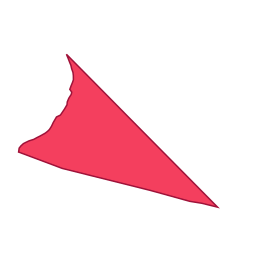 Sossêgo, Paraíba, Brazil, rotated 281°
{"feature_id": "56859067B23055317122585", "entity_name": "Sossêgo", "entity_type": "district", "adm_level": 2, "iso_a3": "BRA", "parent_name": "Brazil", "parent_adm1": "Paraíba", "projection": "equal_earth", "projection_center": [-36.188, -6.739], "detail": "fine", "context": "isolated", "style": "filled", "palette": "rose", "viewbox_px": 256, "rotation_deg": 281, "n_neighbors": 0, "source": "geoboundaries", "source_scale": "gbopen_adm2", "svg_char_len": 648}
<svg xmlns="http://www.w3.org/2000/svg" viewBox="0 0 256 256"><g transform="rotate(281 128 128)"><path d="M75.8,71.1L74.1,103.0L71.0,161.8L67.8,202.7L68.2,214.6L67.4,231.0L141.9,121.8L153.2,105.3L188.6,53.5L184.7,56.1L181.0,58.4L178.8,59.9L175.4,61.4L172.0,63.4L168.8,64.4L164.9,65.2L162.0,64.8L158.6,64.1L154.8,63.5L152.5,65.9L150.2,65.9L145.9,64.2L142.0,63.4L139.2,63.7L134.6,62.1L130.6,60.4L127.8,59.2L125.2,55.7L122.6,54.8L119.2,53.6L115.2,52.6L111.6,51.2L109.4,49.7L107.2,47.8L103.4,43.3L101.0,40.2L98.9,37.7L96.5,33.3L94.5,30.6L92.7,28.3L90.0,26.3L87.5,25.0L83.5,25.2L75.8,71.1Z" fill="#f43f5e" stroke="#9f1239" stroke-width="1.5"/></g></svg>